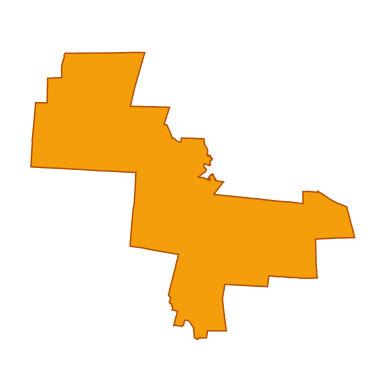 Slobozia Conachi, Galati, Romania (Natural Earth projection), rotated 356°
{"feature_id": "2599482B12346705763441", "entity_name": "Slobozia Conachi", "entity_type": "district", "adm_level": 2, "iso_a3": "ROU", "parent_name": "Romania", "parent_adm1": "Galati", "projection": "natural_earth1", "projection_center": [27.785, 45.578], "detail": "fine", "context": "isolated", "style": "filled", "palette": "amber", "viewbox_px": 384, "rotation_deg": 356, "n_neighbors": 0, "source": "geoboundaries", "source_scale": "gbopen_adm2", "svg_char_len": 5937}
<svg xmlns="http://www.w3.org/2000/svg" viewBox="0 0 384 384"><g transform="rotate(356 192 192)"><path d="M305.1,286.4L307.6,286.2L309.3,286.3L310.9,286.5L310.7,283.5L310.7,282.5L310.8,281.5L310.7,281.0L310.8,280.3L311.0,279.4L310.8,278.2L310.7,276.7L310.7,275.4L310.8,273.7L310.7,272.0L310.8,271.1L310.9,269.6L311.1,266.3L311.4,259.8L311.5,258.0L311.4,257.2L311.7,254.3L311.8,252.9L311.8,252.2L311.8,251.3L311.8,247.8L311.8,247.7L312.3,247.6L313.5,247.6L315.0,247.7L315.3,247.7L318.3,247.7L330.6,248.0L332.4,247.9L335.5,248.1L338.9,248.3L340.8,248.4L341.8,248.4L348.1,248.7L350.4,248.8L351.1,248.7L350.6,246.3L350.2,243.5L349.9,241.8L349.7,240.7L349.1,237.7L348.6,235.7L348.4,234.4L348.1,232.6L347.8,231.4L347.7,230.4L345.4,218.7L345.3,218.0L345.3,217.6L343.4,216.7L339.2,214.6L337.6,213.9L335.9,213.2L335.5,212.9L332.3,210.9L330.8,210.0L328.2,208.1L326.1,206.4L324.4,205.0L321.9,203.1L321.5,202.8L319.0,201.1L317.7,200.0L317.2,200.3L316.8,201.1L312.7,200.3L309.7,199.8L309.3,199.7L307.8,199.6L305.2,199.4L302.6,199.3L302.5,200.4L302.5,201.3L302.5,202.0L302.6,203.1L302.5,203.6L302.4,204.3L302.2,206.3L302.2,207.7L302.2,208.3L302.1,210.1L302.1,211.4L301.7,211.3L300.0,211.0L296.8,210.4L293.4,209.7L288.2,208.7L284.0,208.2L276.6,207.1L269.2,205.8L266.4,205.2L264.4,204.9L256.8,203.4L250.7,202.5L247.0,201.8L244.3,201.3L242.9,201.1L241.6,200.9L239.1,200.4L236.4,200.0L234.7,199.6L232.6,199.3L230.5,198.9L224.9,197.9L223.4,197.7L222.2,197.5L220.2,197.1L218.6,196.9L215.2,196.2L213.6,196.0L214.2,195.2L216.7,192.3L221.8,186.6L222.8,185.3L223.3,184.8L223.7,184.5L224.3,184.3L224.9,184.3L224.5,184.2L223.8,184.1L221.9,183.6L220.4,183.3L219.8,183.1L217.1,182.4L217.0,182.8L217.0,182.6L216.4,181.1L216.2,181.8L216.1,182.0L215.6,181.5L215.9,181.0L215.6,179.8L214.9,178.5L214.2,176.5L214.4,176.3L214.5,176.2L214.1,175.9L213.5,175.4L212.8,176.1L213.1,176.4L212.8,176.6L212.1,176.1L210.7,177.5L210.3,178.0L210.1,178.3L209.9,178.5L209.6,178.8L210.4,179.5L209.9,179.9L211.3,181.0L210.6,181.5L210.4,181.3L209.6,181.7L209.2,181.1L208.8,180.6L208.5,180.2L208.3,179.9L207.9,180.2L207.7,180.3L207.5,180.5L207.0,180.6L206.8,180.3L206.6,180.1L206.2,179.8L205.7,179.4L205.3,179.1L204.9,178.9L203.8,178.4L203.5,178.3L203.3,178.3L203.0,178.3L201.1,178.1L199.4,177.7L199.3,177.4L200.0,177.3L200.4,177.0L201.7,176.0L202.8,175.0L203.4,174.6L203.9,174.3L205.0,173.7L206.0,173.2L206.8,172.8L206.9,172.7L207.0,172.4L207.3,172.0L207.4,171.8L207.6,171.3L207.8,170.8L207.8,170.2L207.7,170.0L207.3,169.5L207.1,169.6L206.9,169.5L207.1,169.4L206.7,169.0L206.2,168.5L205.9,168.1L205.7,167.6L205.7,166.9L205.7,165.8L205.7,165.5L205.9,165.0L206.4,164.6L206.7,164.6L207.2,164.8L207.9,165.3L208.2,165.5L208.4,165.5L209.2,165.9L209.7,166.2L210.0,166.5L210.5,166.8L211.0,166.7L211.4,166.7L211.6,166.6L211.8,166.7L212.1,166.6L212.4,166.2L212.4,165.8L212.3,165.6L212.1,165.4L211.6,165.2L212.5,162.9L212.5,161.9L213.3,161.6L213.8,161.4L214.4,161.1L214.6,160.8L214.8,160.5L214.7,160.3L214.0,159.6L213.8,159.3L213.7,159.0L213.0,159.0L212.8,156.9L210.8,157.5L210.4,157.3L211.0,156.2L209.5,155.8L209.9,155.2L210.4,152.9L210.5,151.7L210.4,150.9L210.0,149.7L209.3,148.2L208.6,146.9L207.4,144.5L207.9,143.9L207.5,139.7L185.2,137.4L184.4,141.5L183.3,141.3L182.4,141.0L180.9,140.2L179.5,139.1L177.9,137.3L176.8,136.8L176.2,137.1L174.8,132.5L174.4,130.8L171.4,123.0L168.7,122.9L175.5,105.9L136.5,102.2L142.0,84.1L154.6,49.6L145.5,48.8L121.1,47.7L96.2,46.1L83.2,45.4L75.2,44.7L74.5,45.5L74.0,46.5L73.9,47.3L74.2,48.5L74.1,49.1L73.4,49.6L72.2,53.0L70.7,57.3L70.0,68.9L57.4,68.5L55.9,68.5L53.7,93.0L42.3,92.0L41.5,97.1L39.2,111.7L38.6,115.1L36.3,128.9L36.1,132.2L34.5,144.6L34.0,148.3L33.7,152.1L33.2,154.5L32.9,155.6L33.3,155.7L33.8,155.8L35.9,156.0L38.2,156.3L42.7,156.9L45.0,157.2L45.3,157.3L50.1,157.8L50.7,157.9L52.4,158.1L53.9,158.2L54.8,158.4L59.0,158.8L63.4,159.4L67.6,159.9L78.9,161.4L80.8,161.5L83.0,161.8L87.6,162.4L100.2,164.2L105.2,164.7L107.0,164.9L110.5,165.3L112.7,165.6L117.4,166.1L121.1,166.6L123.9,167.1L127.9,167.5L130.4,167.8L131.6,167.8L132.9,168.0L134.3,168.3L135.7,168.4L136.5,168.3L137.4,168.4L135.8,182.4L135.7,183.8L135.3,187.0L134.8,190.1L134.3,193.6L134.0,195.8L133.7,198.7L133.3,200.8L132.7,202.9L132.4,203.7L131.7,208.0L130.1,217.3L126.4,241.7L131.3,242.8L136.9,243.9L139.9,244.6L140.7,244.8L142.1,245.3L143.4,245.7L147.1,246.6L150.8,247.6L152.4,248.0L154.2,248.5L161.1,250.1L165.3,251.1L166.7,251.4L167.8,251.7L169.0,252.1L174.2,253.3L173.4,256.1L172.0,260.3L171.5,261.9L171.2,262.8L170.7,264.2L170.6,264.6L170.4,265.8L170.0,266.5L169.4,268.5L167.5,273.9L166.7,276.7L166.1,278.4L165.6,280.0L162.7,288.6L162.0,291.4L161.7,292.1L161.5,292.5L161.4,292.9L161.4,293.2L161.5,293.6L161.8,294.1L162.4,294.8L163.0,295.2L163.3,295.3L163.4,295.5L163.3,295.8L162.9,296.8L162.8,297.3L162.8,297.7L162.8,297.9L162.7,298.2L162.7,298.5L162.2,299.0L162.0,299.3L161.8,299.5L161.7,299.9L161.7,300.1L161.9,300.7L162.3,301.4L162.3,301.5L164.1,302.3L163.5,303.9L164.0,304.7L164.2,305.0L164.8,306.0L164.5,306.9L163.9,308.2L168.4,309.6L169.2,309.8L167.6,314.7L167.2,315.8L165.5,321.0L165.4,321.4L165.0,322.5L164.5,323.9L164.8,323.9L165.2,323.8L165.6,323.8L166.7,324.0L167.5,324.2L169.9,324.5L170.7,324.7L172.7,325.2L174.4,324.0L174.8,322.1L175.4,320.3L175.7,319.7L176.3,319.4L177.0,319.6L177.8,319.6L178.2,319.8L178.8,319.9L179.4,320.1L180.3,320.8L180.4,321.0L181.1,322.3L184.0,327.4L184.2,331.1L184.2,334.4L184.1,336.7L184.4,337.3L184.6,337.8L185.0,338.2L185.8,338.8L187.7,339.3L188.0,338.1L196.3,338.5L197.8,331.5L216.5,333.0L216.0,323.7L215.4,314.5L215.0,305.1L215.0,300.1L218.3,286.5L220.6,286.7L237.4,288.8L247.3,290.1L260.8,291.7L261.4,288.0L262.8,281.4L262.9,281.1L263.2,281.0L263.5,281.0L264.8,281.2L267.1,281.6L267.7,281.8L270.1,282.2L272.8,282.6L273.1,282.5L276.5,282.8L278.6,283.3L280.8,283.5L281.3,283.7L286.0,284.4L288.1,284.4L291.0,284.7L292.8,285.1L294.2,285.4L296.2,285.6L299.4,285.9L303.9,286.4L305.1,286.4Z" fill="#f59e0b" stroke="#b45309" stroke-width="1.5"/></g></svg>